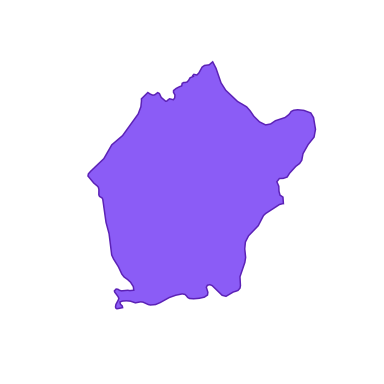 map outline of Kossi (Robinson projection), rotated 221°
{"feature_id": "BFA-2802", "entity_name": "Kossi", "entity_type": "Province", "adm_level": 1, "iso_a3": "BFA", "parent_name": "Burkina Faso", "parent_adm1": "", "projection": "robinson", "projection_center": [-3.893, 12.938], "detail": "fine", "context": "isolated", "style": "filled", "palette": "violet", "viewbox_px": 384, "rotation_deg": 221, "n_neighbors": 0, "source": "natural_earth", "source_scale": "10m", "svg_char_len": 2149}
<svg xmlns="http://www.w3.org/2000/svg" viewBox="0 0 384 384"><g transform="rotate(221 192 192)"><path d="M172.9,54.4L173.7,54.6L174.5,55.3L175.5,57.0L175.7,57.4L176.8,62.2L177.5,63.8L179.4,64.6L184.5,65.7L185.7,66.4L185.6,69.0L184.1,70.0L182.1,70.3L180.4,71.1L176.0,75.7L174.2,76.8L171.5,79.7L174.2,82.1L179.2,83.6L183.4,83.7L187.6,83.3L191.1,84.0L198.5,87.3L207.3,90.0L211.3,91.8L227.2,106.1L237.0,112.7L254.6,128.0L256.1,128.5L258.9,128.0L260.4,128.7L263.8,132.7L265.7,134.1L267.1,134.4L271.9,134.3L281.0,135.8L282.1,137.7L282.1,141.2L280.4,159.3L283.5,175.0L281.4,189.0L283.8,215.6L286.5,222.8L289.9,227.6L291.3,229.1L290.6,238.1L287.7,238.5L285.0,239.4L283.9,240.9L283.1,244.5L281.2,244.9L277.3,243.2L271.4,243.2L270.7,244.0L270.5,245.8L270.1,247.6L266.6,249.4L266.8,251.7L268.5,254.0L271.4,255.1L272.5,256.5L271.9,259.8L270.5,263.3L269.4,265.3L270.7,267.6L270.1,269.2L268.7,270.5L267.8,272.0L267.9,274.6L268.4,276.8L267.8,278.3L266.8,280.1L267.8,280.3L267.8,282.0L265.1,283.5L264.9,286.2L266.3,292.9L265.6,295.7L262.5,299.2L261.8,303.8L255.0,301.1L241.7,293.4L233.3,290.9L217.0,290.2L206.6,292.1L201.4,291.4L194.9,289.7L187.1,289.2L180.5,290.9L177.3,294.9L175.8,300.6L170.6,309.3L169.7,313.9L169.7,315.8L170.0,317.8L168.9,320.4L166.2,323.4L161.1,327.0L154.2,329.6L149.1,327.9L139.9,320.3L135.9,313.5L135.5,304.1L133.4,293.8L130.0,288.0L129.5,284.2L130.5,279.4L130.7,270.3L130.0,265.7L132.1,262.1L134.9,259.5L134.7,255.4L130.3,253.3L126.8,249.6L123.6,247.4L120.0,247.8L115.4,243.2L115.7,243.0L117.8,239.9L122.3,224.1L122.6,221.1L119.9,210.0L120.6,196.1L118.9,189.3L114.9,183.7L108.6,177.8L105.9,173.5L100.2,159.5L94.0,153.1L92.7,150.9L92.7,147.9L93.9,145.7L95.2,143.7L97.9,135.6L101.5,133.8L115.3,134.6L117.7,133.8L119.2,131.7L118.7,129.5L114.2,126.7L112.7,124.4L113.7,120.7L116.9,116.4L120.7,112.5L124.0,110.0L126.1,109.6L128.1,110.0L130.1,110.1L132.5,108.7L136.5,103.5L139.9,97.5L143.5,87.6L145.7,83.1L149.3,79.4L151.1,78.4L156.8,76.7L158.8,75.3L162.0,71.2L164.7,70.1L166.9,69.2L170.2,66.8L173.0,64.0L174.2,61.7L172.5,60.4L169.8,60.2L168.5,59.2L171.4,55.4L172.1,54.6L172.9,54.4Z" fill="#8b5cf6" stroke="#5b21b6" stroke-width="1.5"/></g></svg>